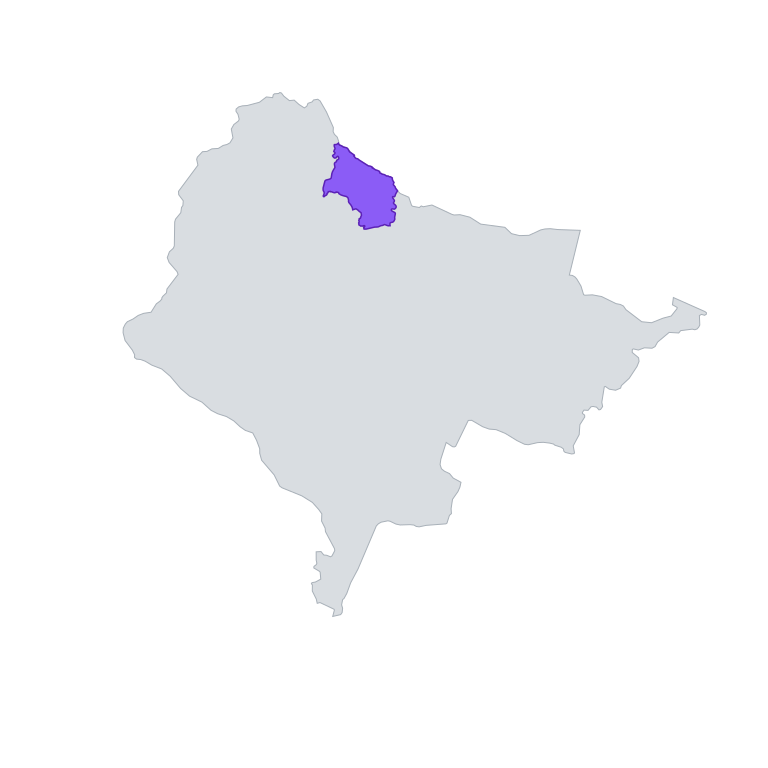 Nord-Kivu on a map of Democratic Republic of the Congo (Natural Earth projection), rotated 294°
{"feature_id": "COD-1898", "entity_name": "Nord-Kivu", "entity_type": "Province", "adm_level": 1, "iso_a3": "COD", "parent_name": "Democratic Republic of the Congo", "parent_adm1": "", "projection": "natural_earth1", "projection_center": [28.468, -0.551], "detail": "fine", "context": "in_parent", "style": "filled", "palette": "violet", "viewbox_px": 768, "rotation_deg": 294, "n_neighbors": 0, "source": "natural_earth", "source_scale": "10m", "svg_char_len": 9017}
<svg xmlns="http://www.w3.org/2000/svg" viewBox="0 0 768 768"><g transform="rotate(294 384 384)"><path d="M604.2,500.8L558.9,509.0L559.8,512.0L559.4,515.1L558.2,517.6L553.6,524.1L546.8,530.0L546.8,531.4L550.2,538.1L552.4,547.2L551.8,563.3L552.8,567.6L552.6,571.0L550.3,574.8L545.7,594.1L548.8,603.5L557.7,612.2L562.9,618.7L571.8,621.0L573.2,620.7L573.7,615.3L580.7,613.2L580.7,647.7L580.2,649.6L578.9,650.1L577.2,649.0L576.7,645.7L574.8,644.3L566.3,648.5L564.1,648.4L561.7,647.7L560.0,645.9L559.5,643.3L553.4,633.3L550.5,632.5L547.1,623.5L533.6,616.9L528.4,616.4L525.7,614.3L523.0,607.2L518.5,602.6L517.5,597.6L516.6,596.8L513.8,597.9L511.5,605.9L508.4,607.8L502.9,608.0L489.0,605.7L479.1,601.5L476.5,601.8L472.5,598.1L470.9,591.9L471.8,587.1L471.0,586.4L455.9,590.4L452.3,592.9L448.8,592.2L447.8,590.9L449.3,587.6L448.5,584.1L447.4,582.4L442.9,581.1L441.5,577.3L438.8,576.8L437.8,577.3L437.2,579.9L435.5,580.8L426.5,579.5L417.1,582.9L404.5,582.0L398.6,586.0L397.7,585.9L396.4,583.9L395.2,577.3L395.8,575.6L397.7,574.3L398.3,571.6L397.6,564.9L398.1,563.3L397.4,559.4L395.5,553.2L392.9,548.1L387.2,540.5L386.1,536.9L386.4,528.4L388.2,514.9L387.9,505.0L385.6,498.4L385.1,491.5L386.5,478.9L385.0,475.8L356.3,474.8L355.1,473.8L354.6,472.1L355.9,464.6L338.4,466.5L333.2,468.0L329.9,471.0L328.9,474.8L328.8,480.3L326.2,485.5L325.5,494.3L320.7,495.3L315.8,495.3L306.5,493.5L297.4,496.0L293.0,498.3L290.6,497.2L282.5,498.1L281.4,497.4L272.0,480.0L267.8,474.2L267.0,471.4L267.3,468.7L266.1,465.0L261.8,456.1L260.9,451.9L261.1,445.4L260.6,443.2L256.6,437.6L254.0,435.7L251.2,434.7L204.3,435.5L188.8,434.4L177.5,435.2L171.8,434.7L170.2,433.9L165.0,435.1L162.3,437.4L158.2,438.7L155.7,438.2L150.8,431.7L157.4,430.6L157.9,429.9L158.3,414.4L156.5,412.2L160.0,409.6L165.7,402.7L171.3,400.3L172.0,398.9L173.2,399.0L175.2,401.9L180.0,405.6L186.0,402.3L186.6,401.4L187.4,394.7L188.9,394.2L191.4,395.6L192.9,395.6L195.5,393.7L203.1,390.3L205.3,394.6L203.3,398.5L204.2,401.2L204.4,405.4L205.7,406.4L211.7,406.8L213.4,405.8L225.3,390.6L228.4,388.8L233.4,382.7L240.1,380.0L242.9,375.2L246.7,366.7L248.4,354.4L247.7,333.1L248.3,330.2L256.3,320.6L264.6,303.2L270.1,298.7L274.3,296.8L280.8,290.4L285.9,284.0L285.2,276.3L286.4,270.0L289.2,261.8L290.2,253.3L289.2,244.2L289.6,236.8L293.4,225.0L293.8,211.4L297.2,200.0L304.1,185.6L307.3,174.8L306.8,164.2L307.7,156.4L307.4,151.8L306.1,147.8L306.7,145.3L309.3,144.3L312.6,140.3L318.4,129.8L324.7,124.8L329.0,123.1L333.5,123.3L336.5,124.2L341.3,128.3L346.7,131.6L350.8,135.7L354.8,142.0L364.6,143.4L368.7,145.7L371.3,146.5L372.2,146.0L374.2,146.3L378.8,148.2L382.5,147.1L400.4,151.3L402.5,149.2L407.6,138.3L411.3,134.6L417.5,134.2L422.3,136.3L424.8,136.3L446.9,126.9L449.8,126.5L457.8,128.7L463.0,127.2L465.2,127.7L469.7,126.1L473.4,119.5L476.4,117.9L508.2,125.0L513.0,121.5L515.3,121.2L522.4,123.7L524.5,127.7L528.8,131.1L531.8,136.8L536.5,140.0L538.9,143.1L541.7,145.2L547.4,145.9L554.8,140.8L560.0,141.3L565.2,144.1L567.0,144.0L570.9,141.0L573.0,137.8L575.0,137.1L578.0,138.5L580.5,141.5L582.8,145.8L590.7,155.6L598.4,159.8L600.3,165.8L603.1,165.2L604.5,165.8L606.5,169.5L607.9,170.3L608.1,171.9L606.2,175.4L604.4,182.3L606.8,186.5L604.8,192.6L603.8,198.9L606.3,200.5L609.5,200.4L612.5,203.6L614.8,204.1L617.2,207.7L616.6,210.5L609.1,220.8L597.7,233.4L593.8,234.9L591.9,237.2L590.5,240.9L587.1,244.0L584.6,245.3L584.4,254.3L580.5,263.8L579.1,265.7L577.0,281.0L577.3,283.7L575.2,296.2L575.6,307.8L570.1,311.5L566.3,317.2L564.6,321.2L564.7,330.7L558.4,336.5L558.0,337.8L559.6,344.5L561.8,345.6L561.9,347.8L567.0,355.0L566.6,377.1L566.9,379.3L569.6,384.6L571.3,394.6L569.4,407.3L576.3,430.7L573.2,439.3L574.7,447.5L578.8,456.0L588.5,464.5L591.1,468.0L593.5,472.7L595.8,480.0L604.2,500.8Z" fill="#d9dde1" stroke="#a8b0b8" stroke-width="1"/><path d="M575.6,307.8L574.7,308.2L573.7,309.0L572.8,310.1L572.3,311.1L572.2,311.1L570.3,311.3L569.9,311.5L569.6,311.9L568.9,313.5L568.7,313.9L567.5,315.0L567.2,315.5L566.7,316.6L566.0,317.8L562.8,317.4L562.0,317.4L560.1,317.6L559.6,317.5L559.3,317.3L559.2,317.0L558.9,316.0L558.7,315.8L558.5,315.7L558.2,315.8L557.7,316.2L557.4,316.5L556.2,318.5L555.8,318.9L555.3,319.1L554.4,319.1L553.8,319.0L553.3,319.0L552.9,319.3L552.7,319.6L552.2,321.4L551.9,322.0L551.6,322.5L551.1,322.9L550.7,323.1L550.1,323.2L549.5,323.1L549.1,323.0L548.7,322.8L548.2,322.6L547.9,322.3L547.5,320.7L547.4,320.4L547.2,320.1L546.9,319.9L546.7,319.8L546.4,319.8L546.1,319.9L545.7,320.1L545.5,320.5L545.3,320.9L545.2,321.5L545.1,323.6L545.0,324.2L544.8,324.6L544.4,325.0L543.8,325.2L541.1,325.8L540.2,326.1L539.1,326.8L538.5,326.9L536.9,326.8L536.5,326.7L536.0,326.5L535.4,326.1L535.1,325.7L534.3,324.6L533.9,324.3L533.5,324.1L532.9,324.2L532.4,324.4L531.1,325.2L530.3,323.6L530.2,323.3L530.1,322.7L530.0,320.6L529.9,319.7L529.5,319.2L528.7,318.6L528.3,318.2L527.3,316.7L525.6,315.2L525.2,314.8L524.7,314.0L523.5,311.6L518.4,304.9L517.8,303.7L517.6,303.2L517.5,302.8L517.5,302.6L517.8,302.5L518.0,302.4L518.4,301.9L518.6,301.8L518.8,301.8L519.0,301.9L519.1,302.0L519.3,302.2L519.6,302.0L519.9,302.0L520.0,302.2L520.3,302.3L520.5,302.2L520.7,301.8L520.7,301.6L520.6,301.4L520.5,301.2L520.3,301.0L520.2,300.8L519.7,300.5L519.6,300.4L519.5,300.2L519.5,299.8L519.5,299.7L519.4,299.5L519.3,299.3L519.2,299.2L518.9,298.9L518.8,298.7L519.0,298.0L519.0,297.8L519.0,296.8L519.0,296.7L519.3,296.3L519.6,296.1L519.9,296.0L520.1,296.0L520.2,295.9L520.4,295.7L520.7,295.4L520.9,295.3L521.1,295.3L521.6,295.4L521.9,295.4L522.1,295.4L523.1,294.5L523.4,294.4L523.5,294.4L523.9,294.5L524.1,294.5L524.2,294.4L524.7,294.1L524.8,294.1L525.0,294.2L525.1,294.5L525.3,294.6L525.6,294.7L525.8,295.0L526.0,295.0L526.6,294.9L526.8,294.9L527.1,294.9L527.3,294.8L528.5,294.8L528.9,294.8L529.3,294.6L530.8,293.6L531.2,293.3L531.3,292.9L531.5,291.5L532.2,289.6L532.5,288.2L532.6,287.8L532.5,287.2L532.4,286.8L530.4,284.6L531.7,283.7L532.5,283.0L533.8,281.3L534.4,280.3L535.0,279.0L535.5,278.1L535.9,277.7L536.2,277.4L537.2,277.0L537.6,276.8L538.9,275.8L539.3,275.4L539.6,275.0L539.8,274.3L539.9,273.6L540.0,273.0L539.9,272.9L539.7,272.1L539.7,271.8L539.6,271.1L539.6,270.9L539.4,270.3L539.4,270.0L539.3,268.5L539.2,268.1L539.2,267.9L539.3,267.3L539.3,267.1L539.4,266.5L539.4,266.2L539.5,265.5L539.6,265.3L539.7,265.2L540.0,265.1L540.2,264.8L540.3,264.6L540.4,264.1L540.4,263.9L540.4,263.7L540.2,263.4L540.0,263.2L539.9,263.1L539.9,262.9L540.0,262.4L539.9,262.2L539.4,261.9L539.2,261.9L539.0,261.6L538.9,261.5L538.8,261.4L538.7,261.3L538.7,261.2L538.5,260.8L538.3,259.6L538.3,258.2L538.3,257.9L538.2,257.7L537.9,257.4L537.9,257.1L538.0,256.9L538.1,256.7L538.1,256.4L537.7,256.1L537.6,255.8L537.5,255.7L537.4,255.4L537.2,255.3L537.1,255.2L536.9,255.0L536.9,254.9L536.1,255.0L535.9,255.0L535.5,254.8L535.2,254.7L534.9,254.5L534.7,254.6L534.4,254.6L534.1,254.8L533.8,254.8L533.6,254.7L533.1,254.5L532.8,254.3L532.5,254.0L531.8,253.5L530.9,253.2L530.7,252.9L530.6,252.5L530.7,252.3L530.8,252.2L531.1,252.1L531.3,252.1L531.5,251.9L532.5,252.0L533.7,251.8L534.0,251.7L534.4,251.5L534.7,251.4L535.0,251.1L536.0,249.8L536.3,249.6L537.2,249.1L538.5,248.6L545.2,247.5L545.5,247.5L545.9,247.6L546.2,247.7L546.5,247.9L547.1,248.5L548.8,250.7L549.2,251.1L549.7,251.5L550.0,251.7L550.3,251.8L550.6,251.9L551.0,251.9L551.3,251.8L555.0,250.8L557.0,250.6L559.7,250.8L560.8,251.0L561.8,251.1L562.2,250.9L562.7,250.6L564.1,249.6L564.8,249.2L565.1,249.1L565.6,249.0L566.0,249.1L566.3,249.1L566.6,249.3L567.0,249.5L567.5,250.0L568.0,250.1L568.7,249.8L569.0,249.8L569.3,249.9L569.6,250.1L570.6,250.8L570.9,251.0L571.3,251.0L571.8,250.8L572.5,250.4L572.9,250.0L573.2,249.6L573.2,249.2L573.0,248.9L572.7,248.7L571.5,248.3L571.2,248.2L570.9,248.0L570.7,247.7L570.5,247.4L570.3,247.0L570.3,246.7L570.4,246.3L570.5,246.0L570.8,245.3L571.2,244.6L571.4,244.3L571.6,244.2L572.0,244.2L572.3,244.3L574.0,245.2L574.3,245.3L574.6,245.3L575.0,245.3L575.4,245.1L575.6,244.8L575.7,244.1L575.9,243.7L576.1,243.5L576.4,243.5L577.1,243.5L578.1,243.4L578.7,243.6L579.1,243.5L579.5,243.3L579.8,243.0L580.6,242.1L580.9,241.9L582.0,241.3L582.3,241.3L582.5,241.3L582.7,241.6L583.2,242.7L583.4,243.0L583.7,243.3L583.9,243.5L585.5,244.4L585.0,244.9L584.7,245.1L584.2,246.2L584.2,246.5L584.3,248.0L584.0,250.4L584.0,251.0L584.5,253.3L584.5,254.4L584.1,255.4L582.3,257.8L582.0,258.3L581.9,258.9L581.1,263.6L581.0,263.8L580.8,264.0L580.6,263.9L580.4,263.7L580.1,263.6L580.0,263.9L578.9,265.7L578.7,266.4L578.7,266.9L579.0,268.2L579.0,268.7L578.8,269.2L578.5,270.3L576.9,281.0L577.0,281.6L577.3,282.3L577.4,282.8L577.5,284.5L577.4,284.9L577.2,285.1L576.7,285.2L576.6,285.5L576.9,285.9L576.9,286.1L576.9,286.3L576.8,286.5L576.6,286.6L576.2,289.0L576.2,289.6L576.4,290.7L576.5,291.3L576.4,293.0L576.4,293.4L576.1,293.8L575.4,294.0L575.1,294.5L575.1,294.8L575.1,295.1L575.2,295.6L575.2,296.0L575.1,296.3L575.0,296.6L574.9,296.9L575.0,297.4L575.3,298.5L575.4,299.0L575.4,299.5L575.1,301.3L575.1,302.0L575.3,302.4L575.6,302.9L575.7,303.5L575.5,304.4L575.5,304.7L575.8,305.3L575.9,305.6L575.9,306.2L575.6,307.8Z" fill="#8b5cf6" stroke="#5b21b6" stroke-width="1.5"/></g></svg>